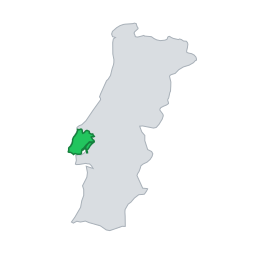 Lisboa highlighted on a map of Portugal, rotated 11°
{"feature_id": "PRT-746", "entity_name": "Lisboa", "entity_type": "District", "adm_level": 1, "iso_a3": "PRT", "parent_name": "Portugal", "parent_adm1": "", "projection": "robinson", "projection_center": [-9.064, 38.994], "detail": "fine", "context": "in_parent", "style": "filled", "palette": "green", "viewbox_px": 256, "rotation_deg": 11, "n_neighbors": 0, "source": "natural_earth", "source_scale": "10m", "svg_char_len": 3804}
<svg xmlns="http://www.w3.org/2000/svg" viewBox="0 0 256 256"><g transform="rotate(11 128 128)"><path d="M97.7,31.7L100.7,29.0L103.8,27.2L105.5,26.6L112.6,24.7L114.4,23.8L116.2,24.0L116.5,24.8L117.5,26.6L118.6,27.7L118.9,28.6L116.2,32.3L115.8,33.6L117.3,35.9L117.5,36.6L118.2,37.0L120.1,36.9L123.6,35.3L125.9,34.1L126.7,34.6L133.4,33.9L135.0,34.5L136.0,35.1L139.3,36.0L142.9,36.1L147.3,34.8L149.3,33.6L149.6,32.2L149.7,31.2L150.3,30.5L151.3,30.1L152.9,30.8L155.2,31.4L160.6,31.6L161.6,30.8L163.5,31.0L165.9,32.0L168.7,31.7L170.1,32.9L170.8,34.4L171.0,37.9L170.8,41.3L171.4,42.6L173.3,42.9L176.3,42.9L179.1,43.8L181.2,45.5L182.0,47.1L182.3,48.3L181.3,48.9L179.8,51.4L176.1,54.6L170.7,57.5L166.7,61.1L163.9,65.4L160.4,67.3L159.3,68.2L158.9,69.4L161.3,74.7L162.0,78.8L162.7,83.8L162.3,85.2L162.2,90.7L161.6,92.3L161.8,93.6L162.7,95.0L163.1,96.3L161.5,98.0L158.5,100.0L156.3,101.8L155.7,103.4L155.9,104.4L159.7,107.9L160.3,109.3L159.9,112.7L157.8,118.4L155.8,121.8L155.4,122.2L153.1,123.2L141.9,123.2L139.1,124.0L139.5,124.7L142.2,129.1L145.0,131.4L145.9,132.0L146.9,137.2L151.4,145.4L155.7,146.6L157.3,148.6L157.0,151.5L155.7,154.7L153.1,158.0L149.9,160.3L147.9,162.6L147.7,165.2L147.1,168.6L146.1,171.2L145.9,173.0L153.9,184.3L158.3,183.8L158.9,184.0L158.1,186.7L156.7,189.8L155.1,190.4L151.3,191.4L147.7,195.5L144.9,200.4L142.7,202.7L140.7,208.6L141.0,211.1L142.0,215.0L144.1,225.1L141.1,225.6L129.7,232.2L126.1,232.2L119.5,229.3L107.8,228.3L103.9,227.5L99.2,229.4L95.5,229.3L92.5,231.8L90.4,231.1L92.9,225.6L96.6,214.9L96.5,208.3L97.4,202.6L96.3,196.9L94.4,193.4L97.0,184.2L96.7,179.5L94.3,173.5L101.5,174.4L99.3,172.0L97.1,170.6L95.0,170.9L93.2,170.8L87.1,173.1L84.1,173.8L83.2,173.4L83.5,169.7L82.0,164.9L84.4,163.6L87.2,163.3L89.6,161.2L91.1,159.0L90.3,154.9L92.4,151.0L97.3,147.7L94.8,148.2L91.9,150.3L87.3,157.7L85.8,161.4L81.9,162.6L78.4,163.2L76.6,162.8L74.5,161.9L74.3,159.1L74.5,156.9L75.9,152.5L76.5,146.4L78.6,140.8L78.4,139.3L77.8,137.1L79.7,135.0L82.0,133.6L85.4,128.8L90.2,117.5L95.7,105.5L95.3,104.1L94.1,102.9L94.6,99.7L97.9,85.7L99.2,83.9L100.8,79.8L101.1,73.1L101.7,68.6L101.6,66.3L101.1,63.5L99.0,58.3L96.7,47.1L96.6,43.4L98.4,41.5L95.4,41.3L94.0,38.9L94.3,36.1L97.7,31.7Z" fill="#d9dde1" stroke="#a8b0b8" stroke-width="1"/><path d="M97.3,147.6L95.8,148.6L92.9,148.9L92.5,149.3L91.9,150.4L90.2,152.7L88.4,156.2L87.4,157.3L87.0,157.8L86.8,158.5L86.9,159.3L86.9,160.6L87.1,161.6L86.6,162.6L84.9,163.1L83.0,163.4L80.8,163.2L80.2,163.7L79.6,164.4L78.3,163.6L76.8,163.0L76.0,162.9L74.6,163.1L73.9,162.8L73.9,162.0L74.1,161.3L73.7,159.6L73.7,158.7L73.9,158.3L74.3,157.8L75.1,157.0L76.2,153.7L76.1,151.3L75.8,149.7L76.1,148.8L76.2,147.7L77.5,145.5L77.9,144.4L78.6,142.9L78.8,141.3L79.0,140.1L78.7,139.0L79.1,139.0L80.3,139.0L81.8,138.2L82.0,138.0L82.5,138.1L82.9,138.2L83.1,138.5L83.4,139.0L84.2,141.4L84.7,141.9L85.4,141.4L86.1,140.6L86.8,139.3L87.5,138.5L87.9,138.3L88.1,138.2L88.5,138.2L89.0,138.3L89.6,138.5L90.5,138.7L90.9,139.7L90.9,140.3L93.2,141.0L94.5,140.6L94.8,141.2L96.5,142.7L96.0,143.1L95.5,143.3L94.5,143.2L94.1,143.4L93.6,143.7L93.6,143.9L93.8,144.1L94.0,144.3L94.3,144.5L94.5,145.0L95.6,146.1L95.8,146.2L96.5,146.5L96.8,146.6L96.9,146.8L97.0,147.0L97.3,147.6ZM92.3,160.1L92.3,159.8L91.9,159.3L91.5,158.5L91.3,157.6L91.6,157.0L90.8,157.1L90.5,156.4L90.3,155.4L90.0,154.5L91.4,151.6L92.2,150.3L93.4,149.5L94.1,149.3L95.5,149.2L96.1,148.9L97.4,148.1L97.4,148.3L97.1,148.5L96.5,149.3L95.2,149.6L95.3,150.0L95.7,150.3L95.0,151.2L94.9,151.6L94.6,152.0L94.2,152.7L93.1,155.7L92.6,156.6L92.3,156.9L91.8,157.4L91.8,157.9L92.4,158.6L92.5,158.8L92.7,159.1L92.9,160.0L92.6,160.0L92.3,160.1ZM89.0,156.3L89.2,156.2L89.2,156.5L89.0,157.1L88.5,157.7L87.9,158.3L87.7,158.3L88.0,157.5L88.3,156.9L88.7,156.6L88.9,156.4L89.0,156.3Z" fill="#22c55e" stroke="#15803d" stroke-width="1.5"/></g></svg>